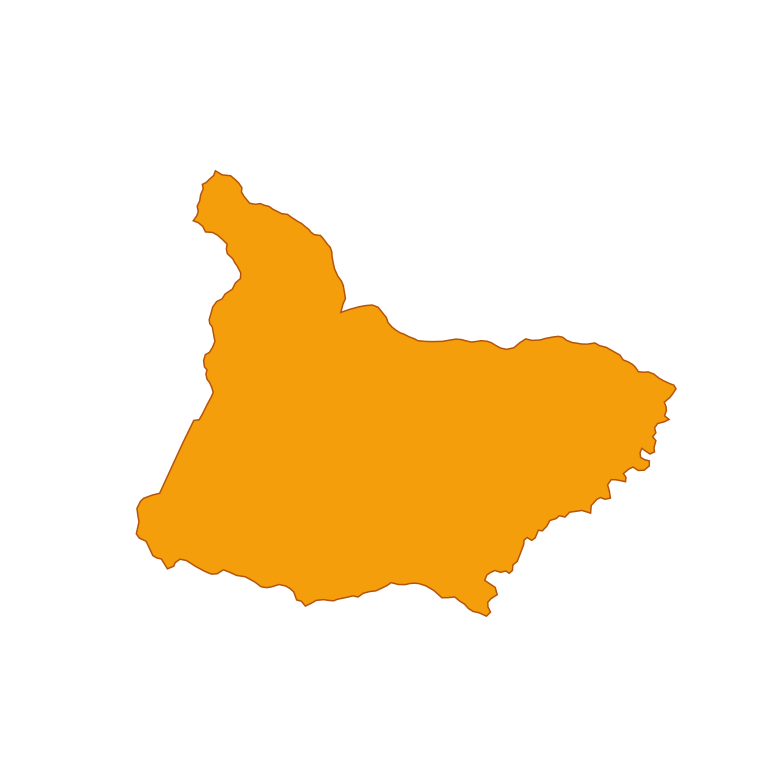 Tanabi, São Paulo, Brazil (Mercator projection), rotated 74°
{"feature_id": "56859067B98162890233703", "entity_name": "Tanabi", "entity_type": "district", "adm_level": 2, "iso_a3": "BRA", "parent_name": "Brazil", "parent_adm1": "São Paulo", "projection": "mercator", "projection_center": [-49.657, -20.518], "detail": "fine", "context": "isolated", "style": "filled", "palette": "amber", "viewbox_px": 768, "rotation_deg": 74, "n_neighbors": 0, "source": "geoboundaries", "source_scale": "gbopen_adm2", "svg_char_len": 3806}
<svg xmlns="http://www.w3.org/2000/svg" viewBox="0 0 768 768"><g transform="rotate(74 384 384)"><path d="M567.5,527.5L570.0,523.3L575.8,520.8L574.6,513.9L573.3,508.7L574.6,501.6L576.9,496.5L578.5,492.3L578.1,487.8L578.8,479.0L579.1,472.3L581.6,467.6L579.4,461.6L579.6,454.7L580.6,448.9L579.6,442.4L578.5,436.4L576.9,431.9L580.8,425.2L582.7,418.7L582.9,414.3L583.8,409.8L585.5,405.4L589.6,399.3L596.1,393.1L600.3,390.4L605.4,387.3L607.1,381.1L608.2,374.7L613.4,371.2L617.9,367.2L623.1,364.7L627.1,361.2L630.2,355.6L635.4,349.5L632.6,344.5L626.9,345.5L622.6,344.5L619.9,340.5L617.7,333.2L610.1,333.2L605.1,337.5L600.5,341.3L595.9,337.7L594.6,333.7L593.8,328.8L597.1,323.9L597.4,318.3L600.5,315.9L598.7,312.0L593.5,310.0L591.3,304.9L586.5,301.2L581.6,297.5L576.7,293.9L572.8,292.5L571.0,288.8L575.0,285.1L573.7,281.2L567.1,275.9L568.8,272.3L565.6,266.8L560.9,262.1L560.8,255.6L558.9,251.8L561.8,246.7L558.4,240.9L559.3,234.4L560.1,228.6L565.1,221.0L557.9,218.3L553.6,211.3L552.8,207.2L555.7,203.4L556.1,197.8L548.9,196.9L542.6,196.9L538.6,192.0L540.0,187.4L542.2,183.1L544.5,178.8L540.5,177.1L536.1,178.6L533.3,172.2L532.5,167.5L537.2,163.5L538.6,157.7L535.9,151.6L531.1,150.1L528.4,154.5L525.3,157.6L520.6,156.8L516.9,153.9L520.6,151.0L524.6,147.6L523.8,142.7L519.8,142.1L513.5,138.3L508.7,140.3L505.8,136.1L500.7,136.0L497.4,131.8L497.6,125.1L496.6,119.8L491.9,123.1L487.4,119.9L483.6,119.1L478.8,119.6L475.7,112.8L472.8,108.9L469.1,104.6L465.0,105.7L462.3,109.3L457.9,114.4L454.0,118.2L448.7,122.0L445.2,126.7L444.3,131.0L442.3,136.1L437.0,137.8L433.6,139.8L430.1,143.1L426.7,147.5L421.3,149.2L414.9,155.5L410.0,160.3L406.5,166.3L402.7,169.9L401.7,177.7L400.0,183.1L397.8,187.6L396.1,191.5L392.7,196.1L388.3,199.4L386.2,203.4L385.3,209.4L384.7,216.4L384.7,222.0L382.9,229.7L379.7,235.3L381.8,242.2L384.9,249.1L384.5,256.6L381.6,262.0L377.4,266.3L373.9,269.4L371.4,273.0L369.1,278.8L368.6,283.2L367.8,288.4L364.9,293.6L362.7,297.2L360.7,302.3L359.8,309.6L359.2,315.7L356.5,326.1L354.6,332.1L351.7,339.5L348.7,342.6L345.5,346.9L341.5,351.2L339.1,354.5L335.4,357.8L331.4,360.7L326.0,363.2L320.9,363.4L308.6,368.5L304.9,373.4L303.6,379.7L302.9,386.6L302.8,392.9L302.8,397.1L303.3,405.8L295.6,401.2L291.3,397.5L286.2,396.9L277.9,396.0L273.5,396.5L267.7,398.7L259.8,399.8L253.7,399.5L246.6,398.7L242.7,397.8L237.9,398.0L234.3,399.8L227.1,402.5L223.7,404.2L221.2,409.9L218.1,412.3L214.5,413.8L210.8,416.5L207.1,418.9L203.7,422.3L198.3,427.0L194.4,430.0L192.0,435.5L188.6,439.1L185.3,442.7L181.7,445.5L179.0,450.1L176.5,453.1L175.8,458.3L173.1,463.4L165.2,466.8L160.1,468.1L156.2,466.5L150.6,468.3L145.7,471.2L141.5,474.1L138.4,481.9L132.6,487.3L136.7,490.3L138.9,495.1L141.3,499.4L142.0,503.6L146.6,504.0L151.4,508.0L157.2,510.7L161.6,514.6L167.0,515.0L170.6,517.5L174.5,522.4L177.7,518.1L182.5,514.8L188.6,513.7L191.1,507.0L195.1,502.9L200.0,499.8L206.3,496.2L210.6,498.3L215.5,498.7L221.9,494.9L226.3,494.0L230.2,492.6L237.7,491.1L243.0,492.9L245.9,499.0L251.0,503.6L252.3,507.6L253.7,511.9L257.6,516.3L258.6,522.1L262.9,527.5L268.5,530.9L274.1,534.4L278.1,534.8L281.7,533.4L286.4,533.8L291.9,534.4L296.3,534.7L301.5,538.7L305.5,543.1L306.5,547.6L311.7,550.9L318.0,551.9L321.6,550.3L325.7,552.5L330.7,552.8L334.7,551.2L339.9,550.5L345.0,550.5L348.6,553.4L354.8,559.5L362.6,566.6L367.4,571.5L366.6,576.9L384.7,593.2L427.2,629.8L426.9,637.2L427.6,646.5L429.6,650.4L435.5,655.8L443.1,656.9L448.9,657.5L459.8,663.4L464.8,661.6L469.6,656.0L485.3,653.5L488.7,650.2L490.9,646.2L502.0,643.1L501.2,636.4L498.1,633.9L496.2,628.3L499.3,622.5L507.3,615.5L513.3,609.4L516.9,605.3L519.3,602.0L520.4,596.6L518.3,589.6L523.1,583.4L527.3,578.6L531.1,570.4L538.6,562.9L545.1,557.9L547.4,553.0L548.0,548.1L547.8,540.2L551.2,534.0L554.8,530.7L558.9,528.1L567.5,527.5Z" fill="#f59e0b" stroke="#b45309" stroke-width="1.5"/></g></svg>